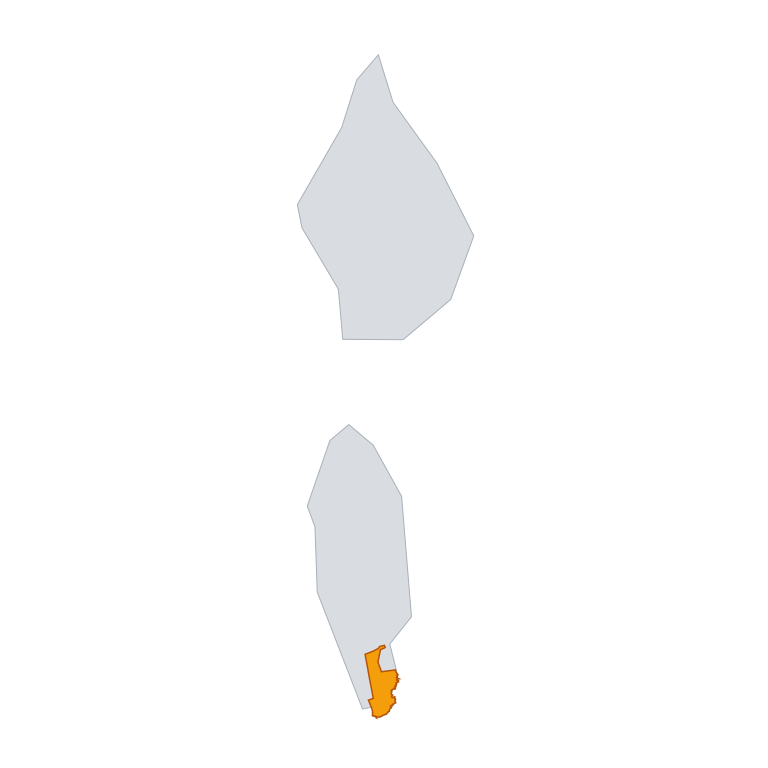 Aleipata itupa i Lalo, Atua, Samoa shown in context, rotated 69°
{"feature_id": "51752279B65562050624331", "entity_name": "Aleipata itupa i Lalo", "entity_type": "district", "adm_level": 2, "iso_a3": "WSM", "parent_name": "Samoa", "parent_adm1": "Atua", "projection": "mercator", "projection_center": [-171.461, -13.991], "detail": "fine", "context": "in_parent", "style": "filled", "palette": "amber", "viewbox_px": 768, "rotation_deg": 69, "n_neighbors": 0, "source": "geoboundaries", "source_scale": "gbopen_adm2", "svg_char_len": 4719}
<svg xmlns="http://www.w3.org/2000/svg" viewBox="0 0 768 768"><g transform="rotate(69 384 384)"><path d="M277.9,247.1L329.0,291.4L349.5,350.3L327.5,406.5L279.1,392.6L208.9,404.6L185.5,400.6L129.3,331.5L90.3,300.4L74.6,271.3L124.3,274.6L196.9,255.4L277.9,247.1ZM679.7,520.5L554.4,520.9L492.5,499.6L470.5,499.4L417.4,454.8L409.3,431.4L437.2,416.0L495.1,407.8L611.2,441.8L628.8,471.8L655.5,475.0L676.3,488.1L681.7,509.2L679.7,520.5Z" fill="#d9dde1" stroke="#a8b0b8" stroke-width="1"/><path d="M637.6,500.0L642.2,500.9L644.1,501.2L647.0,501.8L658.2,503.9L662.4,504.6L669.6,505.9L673.6,506.7L673.6,508.3L673.6,510.1L673.5,511.8L683.2,511.7L683.3,511.7L683.7,511.7L684.1,511.8L684.8,512.0L685.5,512.0L685.9,512.2L686.2,512.4L686.7,512.4L686.8,512.5L686.9,512.4L687.2,512.7L687.4,512.7L687.7,512.8L688.0,512.9L688.8,513.4L689.5,513.7L689.8,513.3L689.9,513.1L690.0,513.1L690.0,512.9L690.2,512.6L690.3,512.6L690.3,512.3L690.5,512.1L690.7,511.7L690.9,511.4L691.1,511.3L691.3,511.3L691.2,511.1L691.4,510.9L691.7,510.4L691.9,510.2L692.1,510.1L692.9,510.8L693.0,510.9L693.2,510.7L692.9,510.7L692.5,510.5L692.4,510.4L692.4,510.1L692.2,510.2L692.1,509.9L692.4,509.6L692.5,509.4L692.7,509.0L693.0,508.6L693.1,508.4L693.2,507.8L693.4,507.3L693.4,507.1L693.4,506.9L693.4,506.6L693.3,506.2L693.2,505.7L693.2,505.4L693.3,505.3L693.2,505.1L693.2,504.9L693.2,504.7L693.0,504.0L692.9,502.9L692.9,502.7L693.0,502.5L693.0,502.3L692.9,502.3L692.9,502.1L692.8,501.7L692.9,501.4L693.0,501.4L693.0,501.1L693.2,500.6L693.2,500.3L693.1,500.1L692.7,499.7L692.4,499.2L692.3,498.7L692.1,498.5L692.0,498.4L691.9,498.3L692.0,498.1L691.8,498.0L691.6,497.8L691.5,497.6L691.6,497.4L691.5,497.2L691.3,497.0L691.5,496.5L691.5,496.3L691.4,496.2L691.0,496.0L690.4,495.7L690.2,495.6L689.8,495.2L689.4,494.8L689.1,494.6L688.9,494.3L688.8,493.9L688.7,493.7L689.0,493.4L688.9,493.3L688.8,493.1L688.6,493.2L688.3,493.2L688.1,493.3L688.1,493.5L687.7,493.6L687.2,493.4L687.1,493.2L686.9,493.1L686.8,492.8L686.8,492.5L686.8,492.3L687.4,491.9L687.3,491.7L687.3,491.4L687.2,491.4L687.0,491.5L686.8,491.2L686.7,490.9L686.8,490.8L686.8,490.7L686.4,490.7L686.3,490.8L686.2,490.8L686.1,490.6L686.0,490.2L686.2,489.9L686.3,489.7L686.2,489.4L686.1,489.2L685.9,488.8L685.8,488.5L685.7,488.2L685.7,487.9L685.8,487.8L685.7,487.7L685.8,487.4L685.6,487.3L685.5,487.2L685.3,487.3L685.0,487.4L684.9,487.3L684.5,487.4L684.2,487.3L683.9,487.2L683.6,487.1L683.4,487.0L683.1,486.7L682.7,486.5L682.5,486.4L682.4,486.5L682.2,486.3L682.2,486.2L681.9,486.2L681.9,486.3L682.1,486.3L682.0,486.6L681.6,486.6L681.2,486.6L681.2,486.4L680.9,486.4L680.6,486.7L680.3,486.6L680.2,486.4L679.8,486.1L679.7,486.4L679.8,486.8L679.8,487.2L679.9,487.7L680.0,487.9L680.0,488.1L679.6,488.7L679.3,488.9L678.9,489.0L678.5,488.9L678.4,488.6L678.1,488.1L677.9,488.0L677.8,487.8L677.7,487.6L677.5,487.3L677.4,487.3L677.4,487.5L677.2,488.0L676.8,488.2L676.7,488.3L676.0,488.2L675.8,488.2L675.5,488.2L675.1,488.0L674.9,487.9L674.6,487.4L674.2,487.2L673.6,487.2L673.3,487.2L672.9,487.1L672.6,486.9L672.4,486.6L672.3,486.4L672.3,486.2L672.5,485.9L672.5,485.7L672.3,485.7L672.2,485.5L672.1,485.3L672.1,485.0L672.1,484.5L672.2,484.2L672.3,484.0L672.5,483.9L672.7,483.6L672.5,483.3L672.5,483.2L672.5,482.8L672.6,482.6L672.4,482.5L672.0,482.6L671.9,482.5L671.6,482.4L671.4,482.5L671.2,482.6L670.8,482.8L670.7,482.7L670.4,482.5L670.1,481.9L670.1,481.5L670.2,481.4L670.5,481.2L670.0,480.9L669.8,480.6L669.6,480.6L669.4,480.6L669.2,480.7L668.9,480.7L668.7,480.6L668.7,480.4L668.9,480.4L668.9,480.2L669.1,480.1L669.0,479.9L668.9,479.8L668.7,480.1L668.6,480.3L668.1,480.2L667.9,480.1L667.5,479.7L667.3,479.6L667.4,479.2L667.2,478.8L667.1,478.6L667.2,478.3L667.3,478.1L667.2,478.0L667.3,477.8L667.4,477.6L667.3,477.2L667.1,477.2L666.9,477.2L666.9,477.3L666.5,477.0L666.4,477.0L666.2,476.8L665.9,477.2L665.8,477.4L665.9,477.5L665.4,478.0L665.2,478.1L664.8,478.2L664.7,478.2L664.4,478.1L664.2,477.7L664.1,477.4L664.2,477.1L664.4,476.7L664.6,475.7L664.5,475.8L664.3,476.0L664.1,476.0L663.8,476.3L663.7,476.4L663.5,476.5L663.6,476.8L663.2,477.1L662.8,477.3L662.6,477.4L662.3,477.5L662.2,477.3L662.2,477.0L662.0,476.7L661.9,476.6L661.7,476.6L661.5,476.2L661.4,476.2L661.3,476.3L660.9,476.4L660.9,476.1L660.9,475.8L660.8,475.5L660.6,475.4L660.4,475.4L660.2,475.3L660.2,475.2L659.5,475.5L659.5,475.8L659.3,475.9L658.9,475.8L658.7,475.9L658.4,475.8L658.4,475.6L658.2,475.6L657.8,475.8L657.5,475.9L656.9,475.9L655.9,476.0L655.4,475.9L655.0,475.8L651.7,489.5L641.5,489.3L639.2,487.9L635.5,485.5L630.8,482.6L630.5,477.3L628.1,477.3L627.5,481.8L627.6,482.4L628.1,483.0L628.7,483.9L628.9,484.8L629.1,486.3L629.3,487.9L629.5,489.2L629.6,498.5L634.0,499.4L636.1,499.7L637.6,500.0Z" fill="#f59e0b" stroke="#b45309" stroke-width="1.5"/></g></svg>